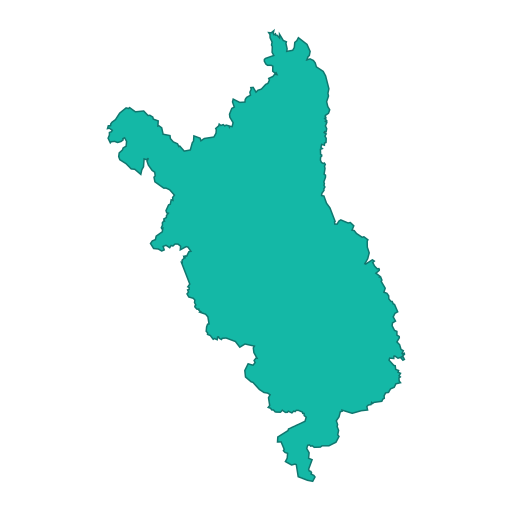 Tzitzio, Michoacán, Mexico
{"feature_id": "50627088B47865938217160", "entity_name": "Tzitzio", "entity_type": "district", "adm_level": 2, "iso_a3": "MEX", "parent_name": "Mexico", "parent_adm1": "Michoacán", "projection": "natural_earth1", "projection_center": [-100.936, 19.426], "detail": "fine", "context": "isolated", "style": "filled", "palette": "teal", "viewbox_px": 512, "rotation_deg": 0, "n_neighbors": 0, "source": "geoboundaries", "source_scale": "gbopen_adm2", "svg_char_len": 6051}
<svg xmlns="http://www.w3.org/2000/svg" viewBox="0 0 512 512"><path d="M400.5,382.7L399.2,381.0L398.9,378.0L400.3,376.9L399.0,375.8L400.5,373.3L398.0,372.3L398.6,370.5L395.7,369.4L395.2,365.7L393.8,365.4L389.0,360.1L389.7,358.1L393.8,358.5L393.9,356.2L394.8,356.0L398.0,358.2L400.4,357.4L402.9,360.2L404.4,359.4L403.2,356.9L401.9,356.7L404.5,354.2L404.2,353.2L402.4,354.0L402.0,353.4L403.3,350.7L401.0,349.4L399.6,344.7L396.9,341.9L399.3,337.8L399.2,336.5L396.9,335.1L396.9,331.4L394.5,330.4L392.1,325.7L392.5,322.9L395.5,321.1L393.2,316.9L395.0,313.3L397.7,311.8L394.5,304.4L393.3,304.0L392.2,301.5L390.9,301.4L388.8,298.8L388.7,295.8L386.9,293.3L383.9,292.2L385.2,288.2L381.2,281.4L381.9,280.1L380.6,276.9L379.5,277.0L379.8,276.2L375.9,273.2L379.2,270.4L379.3,269.4L378.9,268.6L377.2,268.8L374.6,266.1L372.7,262.5L374.3,261.1L372.4,259.8L365.7,264.1L364.8,263.7L367.7,258.7L369.2,252.9L367.3,247.2L367.2,241.1L367.9,239.8L363.9,236.8L362.2,237.3L356.5,233.5L354.2,230.6L352.0,230.1L353.8,225.8L350.3,222.5L348.1,223.0L340.8,219.9L339.0,221.0L337.0,224.2L334.8,224.1L334.5,221.8L335.1,221.4L330.0,208.0L326.5,203.2L323.9,196.0L321.6,195.6L321.8,193.5L324.0,190.3L323.8,188.9L324.9,187.0L323.9,185.3L324.4,183.6L323.8,182.0L325.5,177.2L325.5,175.2L324.1,174.1L325.0,168.5L324.5,166.1L325.3,164.4L324.3,163.0L323.2,163.5L321.4,162.4L320.4,160.1L320.6,157.1L321.7,156.1L321.7,155.0L320.6,154.5L320.4,149.3L322.3,148.6L320.9,147.4L321.7,144.4L324.4,145.2L324.5,143.1L326.0,142.5L326.2,138.3L324.9,136.1L326.2,133.9L324.1,132.6L324.7,131.6L326.1,131.8L326.7,128.7L325.4,125.9L326.8,122.5L325.5,121.4L326.8,120.9L325.0,118.7L325.7,118.7L325.9,117.3L325.2,117.0L325.3,115.5L328.5,113.2L329.7,109.8L327.8,106.6L326.6,101.7L328.5,96.0L327.9,93.3L328.9,88.8L325.6,75.9L323.2,71.4L316.4,66.9L315.2,62.9L313.4,60.5L310.1,58.9L306.8,59.9L308.1,56.6L309.3,55.6L310.1,51.4L307.0,44.4L298.4,37.7L296.8,40.7L294.8,42.4L294.3,47.5L292.7,50.3L286.7,51.4L287.1,48.8L285.9,43.3L286.4,41.8L283.3,40.5L279.5,34.2L279.5,37.9L277.0,35.2L275.6,35.2L275.4,33.8L273.9,34.7L273.2,33.4L273.8,30.7L271.2,32.8L268.7,32.6L270.0,34.6L270.1,37.8L272.1,42.1L271.5,45.0L272.3,46.5L272.1,52.3L273.8,55.5L265.5,58.4L264.4,59.4L264.3,61.1L265.9,64.1L267.5,65.3L271.3,65.3L272.8,66.2L272.7,71.2L275.3,73.3L276.1,72.7L277.0,74.6L274.7,74.2L273.0,76.4L268.7,78.4L269.4,80.1L267.9,83.4L265.7,84.4L261.4,89.1L257.8,90.3L256.0,92.2L253.2,87.4L250.8,87.6L251.2,89.3L249.9,92.2L250.5,95.2L246.6,97.4L245.3,99.3L244.9,102.1L239.7,102.4L233.2,99.1L232.5,101.9L234.3,107.1L231.8,108.4L229.5,114.2L229.9,117.3L233.1,122.7L232.1,126.6L229.7,126.2L229.4,126.9L229.1,125.9L226.2,125.1L224.7,125.9L223.2,124.6L220.9,125.5L219.2,124.1L218.7,125.9L215.7,128.5L216.3,129.8L216.0,133.2L213.9,137.0L204.3,138.5L200.9,140.8L200.1,138.2L193.9,135.9L193.5,141.2L192.3,142.7L190.3,150.0L184.2,151.1L179.8,146.1L178.9,146.6L177.5,143.8L173.3,141.9L170.4,138.6L170.0,135.6L163.1,134.2L161.7,127.8L158.8,125.7L157.9,126.0L158.2,120.9L153.3,119.1L152.8,117.1L149.9,115.3L148.0,115.5L143.7,111.0L135.4,111.8L129.6,107.6L128.5,108.5L126.1,107.9L119.7,113.1L115.5,119.6L111.9,122.3L110.7,124.0L110.6,125.7L108.3,125.8L107.5,128.6L109.3,128.2L112.3,130.3L111.4,131.7L109.4,132.5L109.4,135.1L108.1,138.2L110.3,142.8L111.2,141.7L114.6,141.4L117.6,142.5L121.0,141.5L123.1,139.9L122.9,138.6L124.6,137.8L126.6,141.4L126.1,146.2L123.2,147.9L122.4,150.0L119.2,152.9L118.7,156.6L119.8,159.7L126.1,163.7L131.2,168.9L134.8,169.3L140.8,174.4L141.8,169.8L143.5,166.8L144.1,158.9L146.4,159.7L148.4,158.2L147.0,161.1L148.3,165.0L152.1,170.4L154.7,172.2L155.2,175.9L154.0,177.2L154.9,181.8L163.7,188.1L166.1,188.1L169.7,189.8L174.4,195.1L172.6,197.5L172.9,200.4L171.2,199.8L170.3,204.2L168.6,204.9L166.0,210.6L166.7,212.8L168.3,213.2L166.5,215.5L166.4,217.5L163.8,219.0L164.4,221.0L163.8,220.8L162.3,222.9L162.5,225.1L161.3,227.8L161.8,228.7L162.8,228.2L162.3,231.8L156.2,236.1L155.4,239.6L152.3,240.9L150.5,243.5L153.6,248.5L158.3,249.0L161.7,251.0L164.2,249.9L163.1,246.4L166.0,245.3L169.7,247.7L171.1,245.5L172.9,246.0L175.1,244.0L178.0,244.1L180.6,246.2L180.3,249.8L186.2,246.6L188.0,247.1L190.9,251.3L188.9,251.7L186.7,256.1L185.1,255.9L185.0,257.5L183.8,256.7L184.1,258.3L182.1,260.2L182.2,262.5L181.4,262.3L189.8,284.1L187.8,286.8L189.2,287.5L189.1,289.4L187.6,289.9L188.5,292.1L187.0,293.9L188.8,297.0L193.3,298.3L194.9,300.1L194.5,302.5L195.8,305.0L194.8,306.2L195.0,307.1L197.0,309.2L198.8,309.1L199.0,310.5L200.7,311.7L199.9,312.2L205.6,314.2L207.9,316.9L209.0,323.9L207.6,324.2L206.6,326.9L206.2,331.3L207.6,332.8L207.5,334.4L210.3,335.5L213.2,339.3L214.4,338.5L217.2,339.7L217.6,337.0L218.5,336.8L219.4,338.4L221.5,339.5L222.2,338.3L226.1,338.0L235.4,341.5L239.8,347.2L245.0,344.0L254.4,346.1L253.3,347.9L253.9,352.6L257.0,358.2L256.0,358.1L254.1,360.5L255.1,362.6L253.0,365.2L248.1,363.8L244.8,370.5L245.5,377.0L251.1,381.8L253.0,382.4L259.4,389.5L264.0,392.5L267.6,393.1L270.1,394.7L268.5,397.7L269.7,405.5L268.2,407.4L270.6,408.3L271.7,409.9L273.5,410.0L275.2,411.9L276.7,412.1L280.5,412.2L282.3,410.2L285.4,412.4L287.4,412.3L288.3,411.2L291.9,412.9L293.7,411.1L295.1,411.6L296.3,410.3L298.6,410.4L302.4,412.1L302.7,413.4L304.1,413.5L304.2,415.6L306.2,417.2L305.0,421.3L288.5,429.0L288.0,430.6L277.8,437.0L277.5,442.0L281.1,441.9L284.2,449.3L283.4,450.7L285.1,452.5L287.6,453.3L287.2,458.2L285.4,461.6L291.6,465.0L294.9,464.1L296.3,464.6L298.2,476.7L307.5,480.3L312.7,481.3L315.0,477.0L313.8,475.4L311.1,474.0L311.5,472.6L310.7,471.3L309.3,471.0L308.6,469.2L312.1,459.7L308.6,458.3L309.1,452.8L306.7,448.5L307.7,445.3L309.5,444.9L310.8,446.2L312.2,445.7L314.2,447.3L320.3,447.1L322.1,445.8L328.9,445.8L336.0,442.2L339.0,436.4L337.7,434.8L338.6,430.4L337.1,426.5L337.6,424.6L336.3,420.8L339.0,416.9L340.3,411.8L342.2,411.2L342.0,410.1L352.2,413.3L361.3,410.7L367.6,410.0L366.8,406.5L368.4,405.0L371.0,404.6L371.7,402.5L372.5,403.5L374.0,402.4L381.8,401.3L382.8,399.2L384.3,398.3L384.1,395.8L385.6,392.9L388.5,392.4L390.5,388.9L394.2,387.3L395.9,383.8L400.5,382.7Z" fill="#14b8a6" stroke="#0f766e" stroke-width="1.5"/></svg>